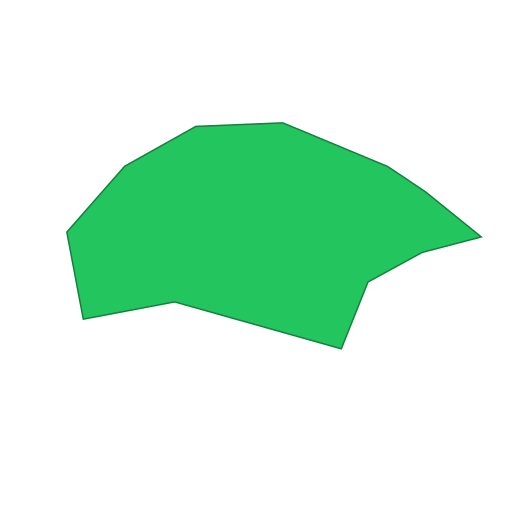 the border of Saint James Windward, rotated 310°
{"feature_id": "KNA-5103", "entity_name": "Saint James Windward", "entity_type": "Parish", "adm_level": 1, "iso_a3": "KNA", "parent_name": "Saint Kitts and Nevis", "parent_adm1": "", "projection": "natural_earth1", "projection_center": [-62.57, 17.171], "detail": "fine", "context": "isolated", "style": "filled", "palette": "green", "viewbox_px": 512, "rotation_deg": 310, "n_neighbors": 0, "source": "natural_earth", "source_scale": "10m", "svg_char_len": 323}
<svg xmlns="http://www.w3.org/2000/svg" viewBox="0 0 512 512"><g transform="rotate(310 256 256)"><path d="M96.6,164.3L152.7,95.7L240.4,97.7L316.6,126.6L375.2,190.9L409.2,299.4L414.1,344.3L415.4,416.3L365.6,381.0L308.1,358.5L239.7,381.0L168.5,223.1L96.6,164.3Z" fill="#22c55e" stroke="#15803d" stroke-width="1.5"/></g></svg>